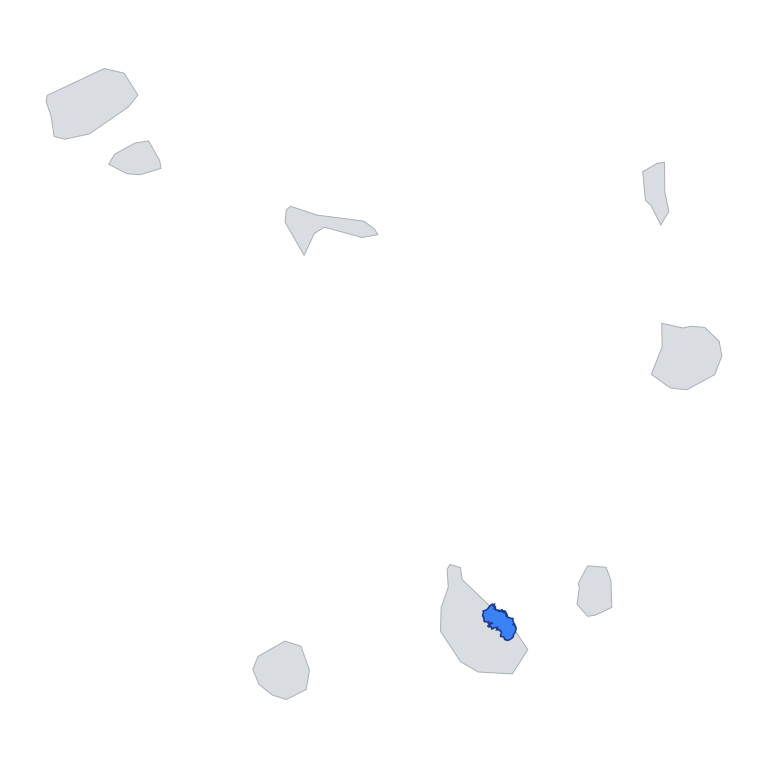 location of Santiago Maior, Santa Cruz, Cabo Verde
{"feature_id": "66160863B62302711188639", "entity_name": "Santiago Maior", "entity_type": "district", "adm_level": 2, "iso_a3": "CPV", "parent_name": "Cabo Verde", "parent_adm1": "Santa Cruz", "projection": "albers", "projection_center": [-23.551, 15.111], "detail": "fine", "context": "in_parent", "style": "filled", "palette": "blue", "viewbox_px": 768, "rotation_deg": 0, "n_neighbors": 0, "source": "geoboundaries", "source_scale": "gbopen_adm2", "svg_char_len": 6382}
<svg xmlns="http://www.w3.org/2000/svg" viewBox="0 0 768 768"><path d="M527.8,649.6L512.3,673.9L478.3,672.0L460.8,661.9L440.5,631.3L441.1,607.6L448.3,587.1L447.1,569.2L450.0,564.5L460.4,567.6L462.1,579.6L493.0,609.0L504.4,614.7L527.8,649.6ZM89.4,133.9L64.6,139.2L54.2,136.5L50.9,115.4L46.1,101.4L47.3,95.3L104.2,68.5L124.1,73.2L137.9,95.0L128.4,106.9L89.4,133.9ZM661.7,323.3L683.0,328.0L691.0,326.3L704.6,327.3L719.1,341.2L721.9,355.9L714.8,374.5L686.7,389.8L670.5,388.1L651.3,374.3L662.2,346.8L661.7,323.3ZM306.2,689.5L286.2,699.5L272.3,695.0L259.1,684.5L252.8,669.4L258.0,656.4L285.0,641.1L300.9,646.2L309.5,670.1L306.2,689.5ZM363.9,221.2L374.4,229.0L377.9,234.6L362.3,237.5L324.4,227.2L314.3,233.4L304.1,255.3L285.0,222.0L286.4,209.8L290.5,206.3L317.3,215.1L363.9,221.2ZM594.9,615.3L587.7,616.3L577.0,604.4L579.4,587.8L578.2,583.5L587.6,565.8L606.1,567.3L610.9,580.4L611.8,607.4L594.9,615.3ZM161.0,168.4L140.1,174.7L127.2,173.8L108.7,164.3L114.6,154.2L134.8,143.1L148.6,140.8L159.8,160.9L161.0,168.4ZM668.9,211.4L660.8,225.0L650.8,205.1L645.4,200.4L642.7,171.7L657.4,163.2L664.5,162.4L664.8,192.0L668.9,211.4Z" fill="#d9dde1" stroke="#a8b0b8" stroke-width="1"/><path d="M483.9,618.8L484.0,618.8L484.0,619.1L484.0,619.8L484.2,620.1L483.9,620.8L484.1,621.0L484.1,621.3L484.4,621.7L484.6,621.6L485.3,621.7L486.0,621.5L486.6,621.7L486.7,621.9L487.0,622.0L487.7,622.0L487.9,621.9L487.8,622.2L488.0,622.3L488.0,622.9L488.3,623.0L488.5,623.2L488.7,623.3L489.0,623.7L489.4,623.7L489.6,623.8L489.7,624.0L490.1,623.7L489.9,623.3L489.7,622.9L489.9,622.7L490.0,623.1L490.5,622.9L490.9,623.1L491.7,622.9L492.0,623.0L492.3,623.2L492.0,623.4L491.5,623.4L491.0,623.7L490.5,624.3L490.2,624.3L489.9,624.7L489.7,624.5L489.5,624.4L489.2,624.9L488.9,624.9L488.6,625.5L488.3,625.5L488.2,625.8L488.1,625.6L487.9,625.9L487.9,626.2L488.3,626.3L488.6,626.8L488.9,627.0L489.5,626.7L489.9,626.6L490.3,626.7L490.7,626.4L491.0,627.1L491.7,627.7L491.6,627.8L491.8,627.9L491.9,628.5L491.8,628.9L492.1,628.8L492.6,628.9L493.0,628.5L494.6,627.8L494.9,627.5L495.2,627.5L495.7,627.8L496.0,627.8L496.5,627.6L497.0,627.2L497.3,627.1L497.5,627.6L497.5,627.9L497.3,628.1L497.1,628.6L496.7,628.9L496.7,629.5L496.5,629.9L497.4,629.8L497.8,629.7L498.0,629.7L498.5,629.7L498.7,629.4L499.2,629.7L499.1,629.9L499.3,630.1L499.9,630.4L499.8,630.6L500.5,630.5L500.8,630.8L500.8,631.0L501.0,631.0L501.1,631.4L501.2,631.5L501.5,632.3L501.2,632.5L501.3,632.9L501.2,633.1L501.1,633.7L500.9,634.0L500.9,634.3L500.5,634.6L500.5,634.9L501.1,635.4L500.7,636.0L500.6,636.4L500.8,636.4L501.2,636.5L502.1,636.7L502.4,636.6L503.0,636.9L503.1,637.0L503.5,637.0L503.8,637.1L504.2,637.9L504.5,638.2L504.5,638.9L504.7,639.2L504.6,639.4L504.9,639.6L505.2,639.5L505.4,639.8L506.2,639.8L506.2,640.0L506.9,640.2L507.1,640.4L507.6,640.4L507.8,640.3L508.3,640.2L508.5,640.3L508.9,640.0L509.0,639.9L510.1,639.4L510.5,639.1L511.0,638.9L511.4,638.6L511.7,638.5L512.0,637.9L512.8,637.4L513.3,636.8L513.3,636.6L513.5,636.2L513.3,635.6L513.5,634.8L514.5,633.1L515.0,632.8L515.0,632.5L515.1,632.4L515.3,631.7L515.4,631.4L515.5,631.1L515.4,631.0L515.6,630.4L515.8,630.2L516.0,629.7L516.1,629.4L516.1,629.2L516.0,628.6L516.0,628.1L515.8,628.0L515.6,627.8L515.8,627.6L515.9,627.4L515.5,627.1L515.5,626.9L515.3,626.7L515.2,626.4L515.3,626.2L515.2,626.1L515.4,626.1L515.2,625.8L515.2,625.7L514.7,625.3L514.8,625.2L514.9,624.9L514.7,624.6L514.4,624.5L514.5,624.2L514.3,624.1L514.3,623.8L514.2,623.8L514.1,624.1L513.6,624.1L513.4,624.2L513.6,623.9L513.9,623.9L514.1,623.5L514.0,623.4L513.8,623.3L513.8,623.0L513.6,622.7L513.5,622.4L513.4,622.0L513.2,621.9L513.3,621.5L513.0,621.3L513.0,620.6L512.9,620.4L513.1,618.9L513.0,618.7L512.5,618.3L511.6,618.5L510.7,618.2L510.4,618.3L510.3,618.1L510.1,618.0L510.0,617.8L509.7,617.7L509.4,617.5L508.8,617.5L508.6,617.3L508.4,617.5L507.9,617.4L507.3,617.1L507.3,616.9L507.2,617.0L506.8,616.7L506.5,616.5L506.6,616.3L506.4,616.4L506.5,616.3L506.4,616.3L506.1,615.8L506.1,615.6L506.2,615.4L506.1,615.2L506.4,614.9L506.6,615.0L506.6,614.9L506.8,614.5L506.7,614.5L506.8,614.1L506.6,613.9L506.4,613.8L506.5,613.8L506.5,613.6L506.5,613.3L506.2,613.1L505.9,613.3L505.9,613.0L505.6,613.2L505.5,612.9L505.4,612.9L505.5,612.6L505.3,612.6L505.3,612.3L505.4,612.2L505.4,611.7L505.3,611.8L505.1,611.8L505.0,611.7L505.0,611.9L504.9,612.0L504.7,612.1L504.2,612.0L503.9,611.9L503.9,612.0L503.8,611.9L503.7,612.0L503.2,612.5L502.9,613.0L503.0,612.5L503.1,612.2L503.5,611.8L503.4,611.6L503.6,611.6L503.6,611.3L503.5,611.1L503.3,611.1L503.1,610.9L502.6,611.2L503.0,610.7L502.8,610.7L502.7,610.6L502.6,610.4L502.4,610.4L502.2,610.3L502.1,610.5L502.1,610.3L501.8,610.5L501.8,610.3L501.7,610.3L501.6,610.2L501.6,610.3L501.5,610.2L501.4,610.3L501.4,610.5L501.3,610.4L501.2,610.5L501.4,610.6L501.2,610.6L501.2,610.8L501.1,610.7L500.8,610.7L500.8,610.8L500.9,611.0L500.6,611.0L500.4,611.2L500.2,611.1L499.9,611.3L499.9,611.2L499.7,611.4L499.3,611.6L498.9,611.4L498.6,611.2L498.7,610.9L498.8,610.6L498.9,610.3L498.6,610.3L498.4,610.5L498.3,610.4L498.3,610.5L498.2,610.5L498.1,610.3L498.1,610.5L497.9,610.6L497.1,610.5L497.0,610.4L496.8,610.3L496.6,610.3L496.5,610.1L496.4,610.2L496.1,610.1L495.8,609.6L495.7,609.5L495.7,609.4L495.3,609.5L495.0,609.3L495.0,609.2L494.6,609.1L494.3,608.7L494.5,608.3L494.6,607.8L494.7,607.7L495.0,607.8L494.9,607.6L494.9,607.4L495.3,607.5L495.3,607.3L495.2,607.3L495.3,607.2L495.1,607.0L495.3,606.7L495.1,606.6L494.8,606.5L494.8,606.3L494.3,606.4L494.2,606.7L493.9,606.6L493.7,606.4L493.8,606.3L493.9,606.1L493.8,605.9L493.7,605.9L493.8,605.8L493.8,605.7L493.7,605.8L493.5,605.6L493.7,605.3L493.7,605.1L493.6,604.9L493.7,604.7L493.9,604.8L494.0,604.7L493.9,604.7L494.0,604.6L493.8,604.6L493.9,604.4L493.7,604.5L493.4,604.6L493.4,604.8L493.0,605.1L493.0,604.9L492.8,604.8L492.7,605.0L492.4,604.9L492.5,604.7L492.4,604.7L492.6,604.5L492.4,604.3L492.5,604.2L492.3,604.1L492.1,604.3L491.8,604.4L491.7,604.7L491.1,604.8L490.4,605.6L489.7,605.8L489.7,606.3L489.4,606.6L489.4,607.0L488.8,607.1L488.5,607.5L488.2,608.3L487.5,608.9L487.4,609.1L485.9,610.0L485.7,610.3L485.4,610.3L485.1,610.5L484.3,610.5L483.7,610.9L483.0,611.1L483.3,612.0L483.7,612.4L483.7,612.8L483.6,613.2L483.1,613.7L483.0,613.9L482.9,614.0L482.7,614.4L482.8,614.9L482.6,615.5L482.6,616.1L483.5,616.4L483.6,616.7L483.6,617.5L483.9,617.7L483.8,618.0L483.6,618.1L483.5,618.3L483.8,618.6L483.9,618.8Z" fill="#3b82f6" stroke="#1e3a8a" stroke-width="1.5"/></svg>